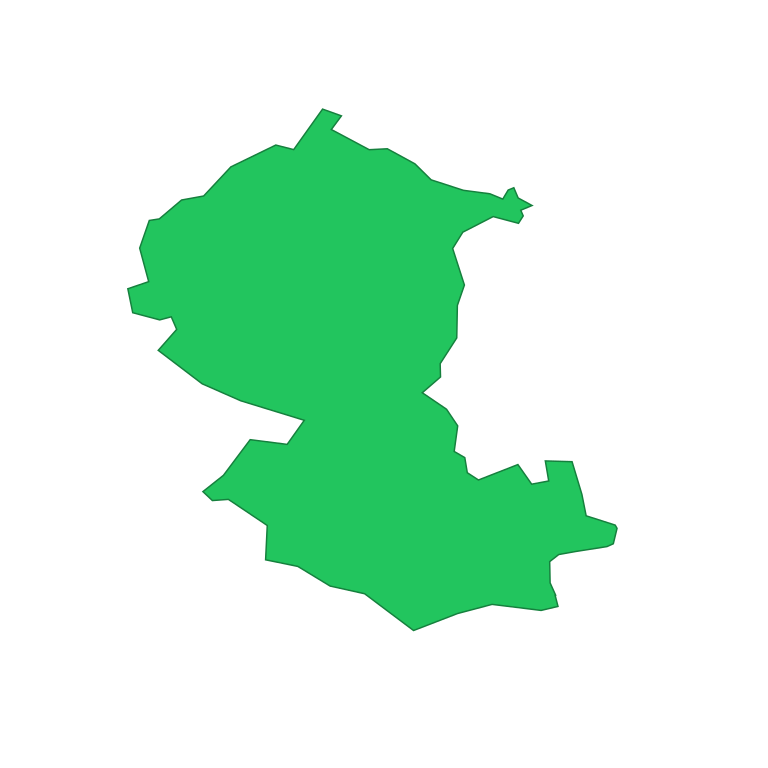 Bulungur, Samarkand, Uzbekistan, rotated 335°
{"feature_id": "79887680B67251663283691", "entity_name": "Bulungur", "entity_type": "district", "adm_level": 2, "iso_a3": "UZB", "parent_name": "Uzbekistan", "parent_adm1": "Samarkand", "projection": "mercator", "projection_center": [67.382, 39.691], "detail": "fine", "context": "isolated", "style": "filled", "palette": "green", "viewbox_px": 768, "rotation_deg": 335, "n_neighbors": 0, "source": "geoboundaries", "source_scale": "gbopen_adm2", "svg_char_len": 1179}
<svg xmlns="http://www.w3.org/2000/svg" viewBox="0 0 768 768"><g transform="rotate(335 384 384)"><path d="M450.3,647.9L450.5,634.4L459.1,615.0L470.3,612.4L486.9,616.8L517.4,625.6L524.3,625.7L534.2,613.3L533.9,609.6L511.5,588.9L516.7,567.7L521.6,533.9L497.7,521.9L492.3,541.5L475.5,537.2L471.3,513.6L429.0,510.9L422.0,499.6L426.1,484.9L419.1,474.8L433.1,453.1L430.0,433.3L415.0,408.1L438.2,401.5L443.5,389.3L469.4,373.0L483.7,343.8L498.7,328.3L503.5,290.2L519.6,279.7L553.7,278.4L573.8,295.2L581.2,290.5L581.4,284.3L593.6,284.8L584.2,272.1L584.6,261.0L578.5,260.7L569.8,266.6L560.4,256.4L537.8,242.0L513.0,218.9L505.1,197.6L486.4,172.2L469.6,165.4L443.8,131.1L458.7,123.0L444.5,108.9L401.2,133.4L386.9,121.7L337.0,122.5L300.0,137.4L278.3,131.7L250.1,139.4L240.4,136.6L220.0,157.6L214.0,191.8L192.1,189.4L186.4,213.2L207.8,231.1L219.6,233.2L219.2,246.9L193.6,258.1L219.3,307.0L247.1,338.7L296.4,383.2L270.7,397.8L239.2,377.9L199.9,398.9L174.4,405.0L179.2,417.1L194.2,422.8L218.4,462.9L202.4,493.3L228.8,512.9L249.8,544.4L277.8,565.9L306.6,619.9L353.6,623.1L388.8,629.4L430.7,655.6L447.7,659.1L449.8,647.8L450.3,647.9Z" fill="#22c55e" stroke="#15803d" stroke-width="1.5"/></g></svg>